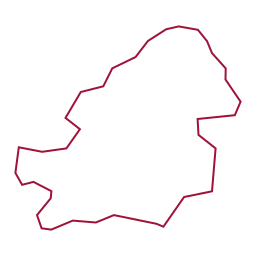 outline of Birmingham
{"feature_id": "GBR-5690", "entity_name": "Birmingham", "entity_type": "Metropolitan Borough", "adm_level": 1, "iso_a3": "GBR", "parent_name": "United Kingdom", "parent_adm1": "", "projection": "equal_earth", "projection_center": [-1.881, 52.484], "detail": "fine", "context": "isolated", "style": "outline", "palette": "rose", "viewbox_px": 256, "rotation_deg": 0, "n_neighbors": 0, "source": "natural_earth", "source_scale": "10m", "svg_char_len": 555}
<svg xmlns="http://www.w3.org/2000/svg" viewBox="0 0 256 256"><path d="M234.8,115.2L197.6,119.0L198.5,134.9L215.6,148.4L212.0,191.3L184.1,197.0L163.4,226.7L156.5,223.8L113.9,215.1L95.8,222.5L72.8,220.6L51.3,229.6L41.6,228.3L37.0,215.1L50.7,198.3L51.4,191.2L33.5,181.9L22.1,184.8L15.4,172.9L18.8,147.3L42.2,151.8L66.4,148.4L79.9,129.2L65.5,117.9L80.8,92.0L103.3,86.3L112.3,68.3L135.6,57.0L148.0,40.9L166.1,29.3L178.7,26.4L197.9,29.8L207.0,41.1L212.0,53.1L225.7,68.4L225.5,79.5L240.6,101.7L234.8,115.2Z" fill="none" stroke="#9f1239" stroke-width="2"/></svg>